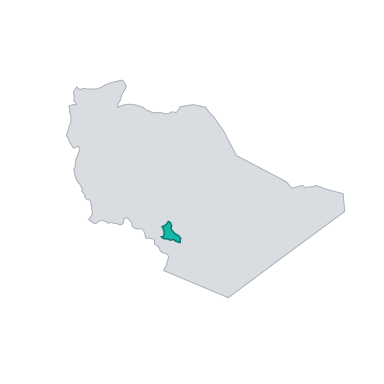 Mégri, Wadi Fira, Chad shown in context, rotated 113°
{"feature_id": "50815135B12471481376218", "entity_name": "Mégri", "entity_type": "district", "adm_level": 2, "iso_a3": "TCD", "parent_name": "Chad", "parent_adm1": "Wadi Fira", "projection": "natural_earth1", "projection_center": [21.641, 15.331], "detail": "fine", "context": "in_parent", "style": "filled", "palette": "teal", "viewbox_px": 384, "rotation_deg": 113, "n_neighbors": 0, "source": "geoboundaries", "source_scale": "gbopen_adm2", "svg_char_len": 4418}
<svg xmlns="http://www.w3.org/2000/svg" viewBox="0 0 384 384"><g transform="rotate(113 192 192)"><path d="M275.1,117.3L275.1,125.6L275.2,133.8L275.2,142.1L275.2,150.4L275.3,158.7L275.3,167.0L275.3,175.3L275.4,183.5L275.4,186.3L275.2,187.4L275.1,187.5L274.8,187.7L271.0,186.9L269.4,186.9L267.1,187.5L263.7,187.8L261.5,187.7L260.0,189.1L258.8,190.9L259.4,195.0L259.2,196.3L258.8,197.7L257.8,199.0L256.7,199.9L256.1,200.8L255.3,202.6L254.8,203.5L254.8,204.7L254.7,205.9L254.0,206.5L252.5,207.0L251.4,207.6L250.6,208.4L250.1,209.1L250.4,209.9L250.8,211.1L251.0,213.0L251.2,214.0L251.9,214.9L252.4,215.5L252.6,216.3L252.1,216.9L250.2,218.3L249.4,218.8L248.5,219.4L248.2,219.7L246.8,221.0L246.1,222.1L245.7,223.0L245.7,224.3L246.5,226.2L247.3,227.9L247.6,229.1L247.7,230.4L247.7,231.7L247.3,232.8L246.6,233.9L243.9,235.7L242.6,237.8L241.5,240.3L241.3,241.7L241.6,242.6L242.1,243.4L242.9,243.8L244.1,243.9L246.0,243.5L247.8,243.2L249.6,244.1L250.6,246.2L250.2,247.8L251.0,250.6L251.6,254.0L251.6,255.1L251.8,255.5L253.0,255.8L253.3,256.6L252.9,262.5L253.4,264.2L254.2,265.3L255.1,266.0L256.0,266.8L256.5,267.3L257.6,267.4L258.7,268.5L259.0,269.9L259.0,271.3L258.3,274.4L257.7,276.4L257.1,276.2L255.7,275.8L254.0,275.3L251.9,275.0L249.9,275.8L247.8,276.9L247.1,277.7L246.5,278.1L245.6,278.0L244.7,278.2L244.3,278.9L243.5,279.8L240.4,281.5L239.8,282.1L239.4,282.8L239.4,283.5L239.7,284.9L239.7,286.6L239.0,288.1L238.2,289.0L237.3,289.4L236.6,289.6L236.1,290.2L234.5,293.4L233.8,294.0L232.4,293.9L228.3,298.7L227.9,300.2L226.4,302.2L224.5,304.4L222.9,305.5L222.7,305.9L222.3,306.4L221.3,306.8L217.7,309.6L213.4,309.5L211.5,310.5L209.6,311.0L206.9,311.6L206.1,311.5L202.7,311.7L198.6,311.6L197.1,312.0L195.6,313.1L194.5,314.0L194.3,314.3L194.5,314.7L194.5,315.0L197.3,317.2L198.0,318.3L197.3,319.4L197.0,319.5L196.9,319.6L196.4,320.4L194.8,323.0L192.2,325.9L190.9,326.8L190.4,327.3L189.7,329.3L189.3,329.6L187.6,329.9L184.1,330.1L179.4,330.7L176.5,330.9L174.7,330.8L172.2,332.1L171.3,332.5L170.8,332.6L168.3,333.9L166.2,336.0L165.5,336.4L162.6,337.2L161.5,338.6L160.9,338.8L159.1,336.9L157.8,335.2L157.2,333.5L157.1,332.9L156.8,333.0L155.7,333.8L154.9,334.7L154.5,336.3L151.5,337.4L148.9,338.4L147.7,339.6L145.9,340.2L143.6,339.9L141.9,339.4L140.1,339.3L141.0,337.8L141.3,336.7L141.4,335.3L141.2,334.4L140.2,333.9L139.5,333.2L138.1,328.9L136.5,324.5L134.4,320.1L132.0,317.4L130.3,315.7L129.8,315.5L128.9,314.9L128.3,314.4L125.2,311.5L122.0,308.2L121.1,306.7L119.5,304.4L117.7,302.1L116.8,301.0L116.4,299.1L117.6,297.4L119.0,295.2L120.6,293.8L122.8,293.7L126.3,294.3L130.1,294.5L133.8,294.1L134.8,293.7L135.7,293.8L137.8,294.3L141.3,294.2L143.1,293.3L141.1,291.8L139.1,289.4L137.1,286.8L135.9,284.4L134.8,281.4L133.9,277.7L133.3,272.8L133.4,270.0L133.7,268.1L134.8,264.9L134.1,263.0L134.3,261.5L134.2,259.2L133.8,258.1L132.5,254.4L132.2,254.0L131.0,251.4L130.5,247.1L129.2,244.2L127.0,242.8L125.8,241.2L125.3,238.2L124.5,237.4L121.0,236.4L118.2,236.4L116.1,233.0L113.5,228.8L111.0,224.8L109.5,216.8L108.6,212.2L109.7,210.9L111.7,207.6L114.4,201.4L120.4,191.8L123.4,186.8L129.5,179.5L136.9,170.4L141.1,165.3L141.8,156.1L142.6,146.2L143.2,138.8L144.0,130.0L144.6,122.7L145.0,117.3L145.7,109.7L146.2,108.2L149.1,102.3L149.3,101.5L148.8,100.5L144.8,95.4L143.5,94.3L142.8,91.6L143.9,90.2L139.1,81.7L137.8,80.6L137.3,79.6L137.3,78.1L137.3,72.2L136.1,62.9L134.5,52.2L140.3,49.1L144.7,46.8L150.2,43.8L155.4,46.9L162.8,51.3L170.2,55.7L177.7,60.1L185.1,64.5L192.6,68.9L200.0,73.3L207.5,77.7L215.0,82.1L222.5,86.5L230.0,90.9L237.5,95.3L245.0,99.7L252.5,104.1L260.0,108.5L267.6,112.9L275.1,117.3Z" fill="#d9dde1" stroke="#a8b0b8" stroke-width="1"/><path d="M235.6,206.0L236.1,204.9L237.0,204.3L237.8,203.6L238.5,203.0L239.1,202.6L239.7,202.1L240.5,201.5L242.0,201.2L242.8,201.1L243.0,201.1L244.4,201.2L245.3,202.5L245.8,200.7L245.9,199.2L245.2,197.3L244.6,196.0L244.8,194.6L244.8,193.4L244.1,192.1L243.2,190.8L243.0,190.2L243.0,189.7L243.3,188.7L243.8,187.8L243.6,186.7L243.5,184.2L243.1,183.2L243.0,183.3L242.0,183.6L241.8,183.7L240.4,184.1L239.2,184.2L238.4,185.4L238.0,186.2L237.5,187.4L237.2,189.1L237.2,189.7L237.2,190.2L237.1,190.8L236.6,192.3L235.9,193.9L235.2,195.3L234.6,196.2L234.0,196.7L233.3,197.2L232.3,197.5L231.2,197.5L229.9,198.6L229.2,199.4L228.7,200.0L228.4,201.2L228.3,202.3L229.5,202.3L230.7,202.8L232.0,203.1L233.3,203.8L234.4,204.7L235.1,205.6L235.6,206.0Z" fill="#14b8a6" stroke="#0f766e" stroke-width="1.5"/></g></svg>